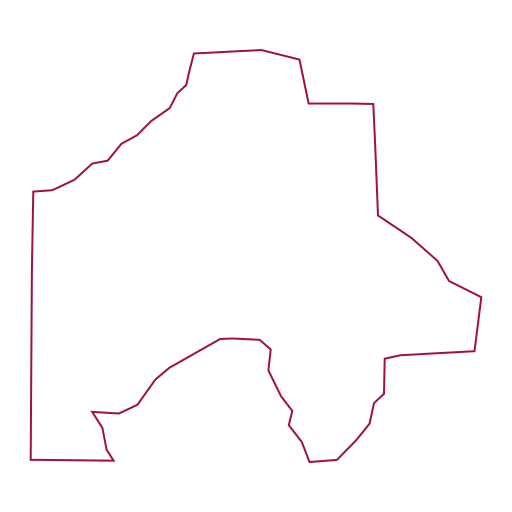 the district of Capitão, Rio Grande do Sul, Brazil
{"feature_id": "56859067B762126063802", "entity_name": "Capitão", "entity_type": "district", "adm_level": 2, "iso_a3": "BRA", "parent_name": "Brazil", "parent_adm1": "Rio Grande do Sul", "projection": "mercator", "projection_center": [-51.981, -29.282], "detail": "fine", "context": "isolated", "style": "outline", "palette": "rose", "viewbox_px": 512, "rotation_deg": 0, "n_neighbors": 0, "source": "geoboundaries", "source_scale": "gbopen_adm2", "svg_char_len": 761}
<svg xmlns="http://www.w3.org/2000/svg" viewBox="0 0 512 512"><path d="M481.3,297.2L449.0,281.0L437.6,261.0L411.4,237.9L378.0,215.5L375.2,145.8L373.3,104.0L350.1,103.5L308.6,103.5L299.5,59.6L261.2,50.0L193.9,53.5L189.3,71.3L186.2,85.1L177.4,93.1L169.8,108.0L151.2,121.0L136.8,135.4L121.5,143.7L107.6,160.7L92.2,163.6L74.4,179.8L52.3,190.2L33.3,191.6L31.9,269.3L30.7,459.9L44.0,459.9L113.6,460.7L106.6,449.7L102.4,427.9L92.2,411.9L118.9,413.5L137.5,404.7L155.4,379.5L169.5,367.7L220.1,339.0L232.9,338.5L259.6,339.8L270.7,349.4L268.4,370.4L281.0,396.2L292.3,410.9L288.8,425.2L301.8,442.0L309.5,462.0L336.9,459.9L356.2,440.2L369.6,423.6L374.0,403.1L384.0,393.8L384.7,358.7L400.7,355.2L474.5,351.2L481.3,297.2Z" fill="none" stroke="#9f1239" stroke-width="2"/></svg>